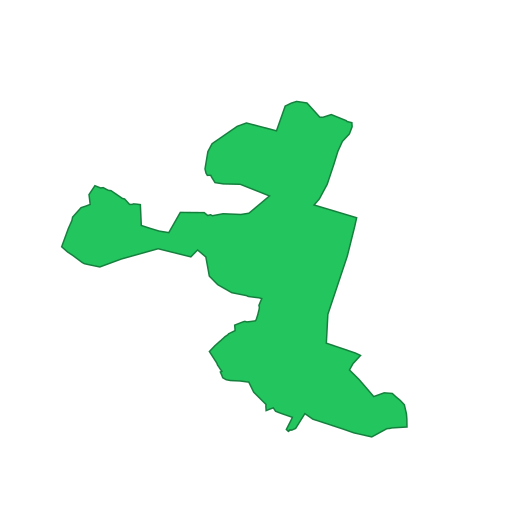 outline of Tambuwal, Sokoto, Nigeria, rotated 285°
{"feature_id": "59680162B21010588258079", "entity_name": "Tambuwal", "entity_type": "district", "adm_level": 2, "iso_a3": "NGA", "parent_name": "Nigeria", "parent_adm1": "Sokoto", "projection": "albers", "projection_center": [4.75, 12.395], "detail": "fine", "context": "isolated", "style": "filled", "palette": "green", "viewbox_px": 512, "rotation_deg": 285, "n_neighbors": 0, "source": "geoboundaries", "source_scale": "gbopen_adm2", "svg_char_len": 2532}
<svg xmlns="http://www.w3.org/2000/svg" viewBox="0 0 512 512"><g transform="rotate(285 256 256)"><path d="M409.6,314.1L409.5,311.3L409.5,309.2L410.1,308.1L412.1,292.1L407.3,284.7L406.6,281.7L417.0,265.6L415.8,255.2L412.8,250.5L408.4,245.4L382.2,243.4L382.0,212.3L376.4,204.3L353.1,184.5L344.4,182.5L326.9,184.2L323.2,186.2L321.3,188.1L322.2,191.4L320.7,192.7L316.3,197.4L317.2,205.8L321.2,222.2L317.5,253.5L295.5,238.1L292.2,230.7L288.3,213.3L283.6,203.4L284.1,201.4L282.6,198.9L284.5,194.8L278.5,171.6L256.0,165.7L255.0,155.9L255.3,146.8L255.8,137.3L275.7,131.0L275.2,127.4L274.6,124.1L273.8,123.1L273.1,120.5L277.1,114.3L277.1,113.5L277.0,112.1L281.6,99.0L281.2,96.3L281.7,94.1L282.5,90.7L281.5,88.3L282.2,82.2L272.1,78.8L262.9,82.5L260.1,78.6L257.4,74.5L246.1,68.8L242.6,69.0L233.8,67.6L214.6,65.9L211.0,73.2L209.2,78.7L206.4,85.7L204.8,89.6L204.2,92.0L204.2,93.2L204.4,97.8L205.0,108.0L218.3,126.8L237.0,158.4L237.7,159.6L237.8,165.8L238.3,193.3L246.7,198.0L242.1,207.8L230.9,213.1L224.5,216.1L218.8,225.8L218.3,226.8L216.5,233.7L214.3,242.1L215.3,257.2L214.9,258.9L215.9,266.4L216.4,269.5L216.4,272.6L209.1,271.6L207.1,272.6L205.4,272.8L199.8,272.9L194.6,272.7L194.1,272.5L193.1,272.0L192.2,269.8L191.8,268.9L189.9,264.1L190.0,263.0L190.0,262.8L189.9,261.9L189.0,260.5L188.2,259.4L183.7,253.3L180.4,254.5L178.5,255.1L173.8,249.7L173.0,249.4L171.9,248.6L170.4,247.2L169.7,246.7L168.7,246.1L167.9,245.6L167.4,245.3L166.6,244.7L165.6,244.2L164.3,243.2L158.8,239.6L151.7,235.7L142.4,245.9L140.3,247.4L140.1,247.9L139.5,248.6L138.3,249.8L135.8,252.9L134.7,251.6L134.0,252.2L131.6,254.1L129.8,255.4L128.8,259.2L129.1,263.6L131.1,272.6L132.3,281.7L123.9,289.0L115.2,304.1L113.5,304.4L109.3,305.8L109.6,306.2L111.1,308.2L113.8,312.0L113.4,312.5L111.1,315.1L111.1,315.3L110.7,318.4L110.3,323.1L109.6,332.9L109.4,332.9L106.7,332.4L96.3,330.2L95.0,332.6L95.0,332.9L95.2,333.0L95.5,333.1L95.8,333.2L96.1,333.1L96.5,333.3L96.7,333.5L96.6,333.8L96.5,334.0L96.7,334.3L97.0,334.3L97.2,334.8L97.1,335.1L97.0,335.3L97.0,335.5L99.7,338.9L116.4,344.0L113.1,353.1L111.4,384.4L110.5,396.4L111.2,414.6L122.9,426.9L123.5,428.1L123.9,429.5L125.1,431.7L129.9,446.1L137.6,443.9L142.4,442.2L150.7,437.8L153.8,432.8L156.2,427.6L158.5,423.2L157.0,415.2L150.7,406.1L163.4,387.5L170.1,375.8L177.0,377.5L187.0,382.7L188.0,377.0L190.0,346.5L218.3,340.5L279.6,344.2L310.2,343.7L319.0,343.3L320.3,298.9L327.5,302.4L343.6,306.2L364.9,307.5L378.4,308.0L389.1,309.8L398.1,314.6L405.7,315.4L409.6,314.1Z" fill="#22c55e" stroke="#15803d" stroke-width="1.5"/></g></svg>